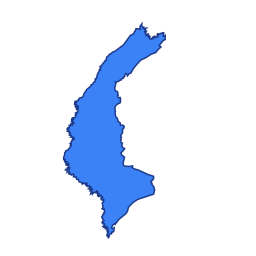 Chum Phae, Khon Kaen, Thailand (Equal Earth projection), rotated 42°
{"feature_id": "78962969B27805721585516", "entity_name": "Chum Phae", "entity_type": "district", "adm_level": 2, "iso_a3": "THA", "parent_name": "Thailand", "parent_adm1": "Khon Kaen", "projection": "equal_earth", "projection_center": [102.084, 16.658], "detail": "fine", "context": "isolated", "style": "filled", "palette": "blue", "viewbox_px": 256, "rotation_deg": 42, "n_neighbors": 0, "source": "geoboundaries", "source_scale": "gbopen_adm2", "svg_char_len": 5820}
<svg xmlns="http://www.w3.org/2000/svg" viewBox="0 0 256 256"><g transform="rotate(42 128 128)"><path d="M186.8,221.2L186.0,221.1L185.5,219.6L185.8,218.3L186.6,217.7L185.7,216.9L186.1,216.0L185.8,215.6L186.6,215.0L186.4,213.9L184.5,211.4L184.2,212.9L182.5,213.3L181.7,210.5L182.0,207.9L182.9,208.1L182.4,202.0L183.7,193.2L183.4,190.4L181.4,186.6L181.4,182.7L181.6,179.9L183.1,174.3L191.3,160.0L189.2,156.1L188.7,156.2L186.9,154.5L183.6,153.9L182.8,153.0L182.4,153.5L181.4,152.7L180.6,151.7L181.3,150.3L180.8,149.9L180.9,148.3L179.3,146.8L173.4,149.4L163.5,152.4L160.5,154.0L157.7,154.6L156.7,153.1L155.0,155.4L151.2,158.5L150.0,158.7L148.2,157.9L144.9,152.0L141.3,152.2L139.4,151.2L139.6,147.9L139.3,145.6L137.4,146.0L135.2,145.4L134.0,143.0L132.2,143.3L131.1,142.6L130.9,141.4L129.8,140.7L129.3,139.3L127.8,138.9L127.0,135.0L124.9,132.8L125.0,130.9L124.1,129.3L122.0,129.4L121.1,130.6L120.1,130.9L118.9,129.4L116.4,129.7L113.4,127.9L111.3,127.8L108.4,125.6L107.6,124.1L106.3,123.3L104.0,120.6L104.1,117.5L105.3,114.6L104.6,113.1L103.7,112.9L103.3,111.5L101.6,110.6L100.4,112.1L98.8,111.2L98.9,110.3L95.9,108.1L94.1,108.6L92.9,108.3L91.4,107.3L88.6,101.9L88.1,102.1L89.9,99.4L89.7,98.5L90.8,96.8L90.3,96.2L91.2,94.2L90.6,93.3L91.0,92.9L91.0,91.7L90.4,91.1L89.7,89.1L91.2,88.7L92.7,89.6L92.5,86.7L93.4,85.1L92.3,80.7L92.0,77.0L92.0,69.0L94.3,63.5L95.8,57.8L98.1,53.4L97.9,49.1L98.3,45.7L95.8,45.7L95.7,39.1L96.5,37.4L93.6,34.2L93.1,36.0L92.4,36.1L91.2,34.3L91.2,33.4L90.5,33.4L88.8,36.2L88.8,37.0L87.0,37.9L87.1,38.6L88.1,38.4L87.7,39.5L88.1,40.2L88.7,39.7L89.2,40.2L87.2,43.1L86.8,43.0L86.6,41.9L86.0,42.3L86.9,44.9L86.5,45.3L85.7,44.6L85.8,46.3L85.1,47.0L84.2,47.0L84.0,46.4L82.7,46.7L83.0,45.3L81.3,45.2L80.6,46.9L80.1,46.9L80.4,45.1L80.0,44.6L78.6,46.8L77.0,45.8L77.3,44.3L77.0,43.8L75.9,44.8L75.9,43.7L74.7,43.7L74.8,41.5L72.8,43.8L72.2,43.6L72.1,42.7L71.5,43.2L69.6,42.7L68.6,41.4L68.9,44.4L71.1,46.7L69.2,47.4L67.5,48.8L68.5,51.4L68.4,52.5L69.0,53.6L68.6,56.1L67.8,57.2L69.0,69.3L67.0,79.5L65.7,82.1L65.5,85.0L64.9,85.4L65.1,88.2L64.7,89.2L65.9,92.0L66.4,92.1L66.4,93.1L65.8,93.9L66.4,95.1L66.1,96.9L66.6,98.1L66.2,101.2L67.2,101.0L67.6,102.6L68.6,103.0L68.6,103.6L67.8,103.9L68.7,105.6L69.1,108.0L71.2,112.1L71.5,113.2L70.9,113.4L71.5,114.5L72.2,114.6L72.4,116.1L71.9,116.9L72.5,119.1L71.8,120.4L72.2,120.4L72.3,121.8L71.6,127.1L72.5,132.7L73.4,133.9L73.4,136.6L72.4,137.2L71.9,138.7L72.4,139.3L72.1,140.4L72.7,141.6L70.8,143.6L71.5,144.6L71.4,143.5L72.3,143.7L72.0,144.4L72.5,145.1L72.1,144.7L71.7,145.2L72.7,146.3L73.2,145.6L73.1,144.8L73.7,144.9L74.4,146.8L75.1,145.9L75.3,147.1L75.8,146.4L75.2,145.8L75.4,145.2L76.4,145.5L76.6,146.2L76.9,145.7L77.5,146.9L76.5,147.4L76.9,148.5L77.3,148.7L77.9,146.9L79.7,149.2L79.5,150.2L80.1,150.4L78.9,152.0L79.2,152.3L79.9,151.8L79.9,152.3L80.5,152.4L80.2,153.6L80.9,153.9L80.6,154.7L81.1,154.2L81.6,155.7L80.3,157.2L81.3,157.4L81.7,158.1L80.8,157.9L80.3,158.3L80.6,158.7L79.6,159.3L81.1,159.2L81.0,160.4L81.4,159.8L81.9,160.0L81.5,160.5L81.7,161.2L83.0,161.0L82.9,159.9L83.4,160.8L84.6,160.5L84.3,162.0L83.2,161.6L83.4,162.9L84.0,162.2L84.6,163.3L82.8,163.6L83.6,164.5L82.7,165.4L83.5,165.5L83.5,166.5L84.2,167.0L83.2,168.1L83.3,168.8L84.0,168.2L84.0,169.6L84.6,169.0L85.5,169.6L85.3,170.8L86.3,170.1L86.5,169.0L86.5,170.3L87.1,169.9L88.1,170.3L87.5,170.6L87.6,171.1L88.9,171.5L89.2,172.5L90.7,171.5L90.8,172.2L92.2,172.1L92.0,172.7L93.5,171.6L93.6,172.7L94.5,173.3L94.2,172.6L94.9,172.1L94.8,172.7L95.4,172.8L94.5,174.2L95.0,175.0L94.8,175.4L95.1,176.6L95.8,177.4L95.6,178.1L96.2,177.7L96.8,179.3L97.2,178.7L97.9,179.9L97.9,183.6L98.4,184.0L97.1,186.3L97.1,187.1L97.7,187.6L97.6,188.8L99.2,190.9L99.7,192.7L101.3,194.4L101.9,194.5L101.8,193.7L102.4,193.7L102.3,194.3L103.0,194.2L103.5,195.3L104.7,194.3L104.5,195.3L105.8,196.2L105.8,195.4L106.4,195.8L107.0,194.7L107.2,196.7L107.8,196.4L107.7,195.8L108.2,195.2L108.2,195.9L108.7,195.6L109.1,196.3L110.2,196.5L109.9,197.5L111.3,196.7L111.7,197.5L110.8,197.3L109.9,198.5L110.1,199.0L110.9,199.0L109.5,200.3L109.6,201.0L111.1,200.1L112.2,201.4L112.2,200.5L113.3,199.6L113.9,200.0L114.1,201.1L114.5,201.0L114.4,201.5L115.3,201.6L116.0,200.4L117.3,200.9L118.4,198.7L120.1,200.7L120.6,199.8L121.4,200.0L122.2,199.1L124.1,200.5L125.1,199.4L127.7,200.7L129.2,199.8L130.7,199.9L130.9,199.4L131.5,200.0L131.5,199.4L132.0,199.1L131.9,198.5L132.7,198.5L132.7,199.1L133.1,198.1L133.6,198.2L133.8,196.8L135.0,197.4L135.1,198.6L135.7,198.5L135.6,197.9L136.3,198.7L136.8,198.6L136.8,197.7L138.1,197.6L138.0,197.0L139.6,196.6L139.3,198.9L140.4,197.5L141.0,197.3L141.0,197.9L141.8,197.4L142.1,198.2L141.2,199.2L141.9,199.1L141.9,199.7L142.6,198.8L142.5,199.6L143.2,200.0L143.6,199.3L143.5,200.1L144.3,201.8L144.5,200.8L144.9,200.9L144.3,200.3L144.5,199.8L145.1,200.7L145.7,200.5L146.0,198.2L147.4,197.7L146.9,197.3L146.8,195.9L147.5,195.3L148.2,195.7L147.8,196.1L148.2,196.5L148.6,196.1L149.9,197.0L150.3,196.7L150.3,197.4L149.8,197.6L150.8,198.7L151.5,198.6L151.3,197.4L152.0,198.0L152.1,197.2L152.6,197.4L152.8,196.2L153.6,196.7L154.6,196.2L154.7,197.0L155.4,196.9L154.7,198.0L155.6,198.9L156.3,199.1L157.6,197.4L158.1,197.5L157.5,198.6L159.3,199.0L159.0,200.9L162.9,204.1L162.7,205.2L163.9,205.2L164.8,204.2L165.8,205.1L167.3,207.0L166.8,207.6L167.5,208.2L167.3,209.6L168.0,210.2L167.9,211.6L169.7,212.5L170.2,212.2L171.1,213.1L172.2,212.9L171.7,215.5L173.0,216.0L173.0,215.2L174.7,215.1L175.4,215.7L175.1,216.2L175.8,216.4L175.5,217.3L175.9,217.0L176.3,217.9L176.8,216.7L177.0,217.3L177.7,217.7L177.9,216.9L178.7,217.8L178.4,217.0L178.9,215.5L179.6,215.9L179.0,216.4L179.3,217.4L179.9,216.4L181.2,217.1L181.3,217.8L180.9,217.7L180.9,218.2L182.1,218.9L182.4,218.3L182.7,219.0L183.0,218.6L183.6,221.0L184.2,220.9L184.2,222.0L184.9,222.2L185.2,221.6L186.7,222.6L186.8,221.2Z" fill="#3b82f6" stroke="#1e3a8a" stroke-width="1.5"/></g></svg>